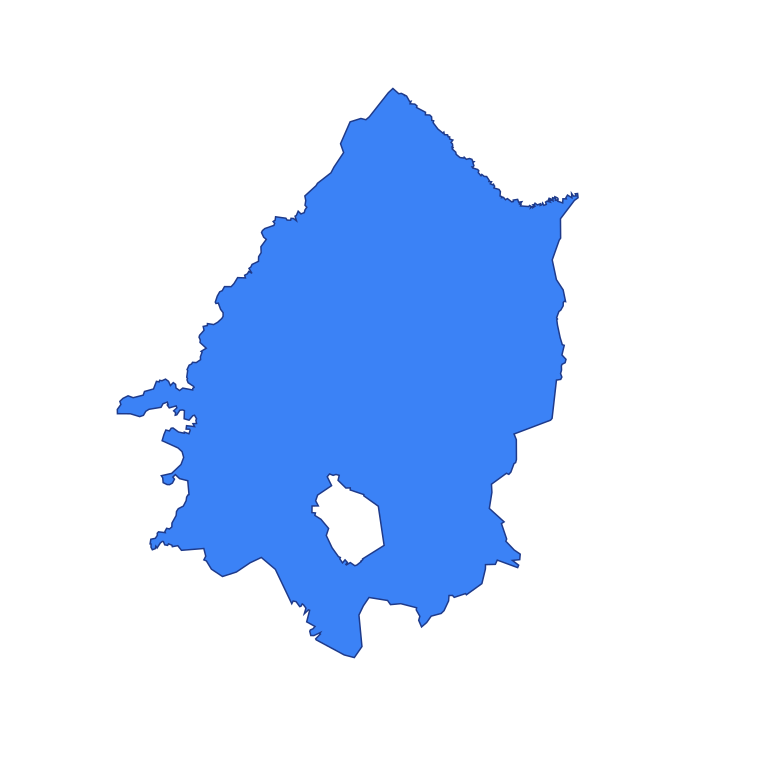 Cesvaines pag., Cesvaines, Latvia (Albers equal-area conic projection), rotated 33°
{"feature_id": "27541924B84614371300280", "entity_name": "Cesvaines pag.", "entity_type": "district", "adm_level": 2, "iso_a3": "LVA", "parent_name": "Latvia", "parent_adm1": "Cesvaines", "projection": "albers", "projection_center": [26.258, 57.009], "detail": "fine", "context": "isolated", "style": "filled", "palette": "blue", "viewbox_px": 768, "rotation_deg": 33, "n_neighbors": 0, "source": "geoboundaries", "source_scale": "gbopen_adm2", "svg_char_len": 6159}
<svg xmlns="http://www.w3.org/2000/svg" viewBox="0 0 768 768"><g transform="rotate(33 384 384)"><path d="M529.4,281.3L526.4,279.1L525.3,275.6L522.9,272.2L522.6,270.5L524.3,267.5L523.2,264.2L517.4,262.7L514.1,253.4L512.1,253.9L506.5,249.2L497.4,240.1L493.9,236.0L494.1,235.0L492.7,234.5L491.2,227.9L492.0,225.8L491.7,220.9L489.9,217.9L490.2,216.4L491.4,216.0L483.0,207.5L471.8,202.6L457.5,188.3L452.6,167.9L452.7,165.5L442.0,149.3L443.7,126.4L445.3,122.1L442.6,118.8L440.8,120.3L442.8,121.6L440.5,123.2L437.5,122.0L440.1,125.5L435.0,125.6L435.1,128.7L436.1,129.4L433.2,131.2L435.2,134.8L430.3,136.1L428.9,133.4L428.9,135.8L427.7,136.6L426.7,134.3L427.2,133.6L425.3,133.9L426.0,135.2L424.0,135.9L426.0,138.3L424.3,138.5L423.5,140.1L422.1,139.2L423.1,137.9L421.3,138.3L421.7,140.5L423.9,141.0L421.0,142.0L420.4,143.5L422.3,145.0L420.8,147.1L418.4,145.8L418.7,147.9L417.7,149.2L416.9,147.8L415.1,150.3L412.2,150.1L412.3,151.7L411.5,152.4L413.8,152.6L412.8,154.9L412.1,153.5L411.0,156.5L410.5,154.9L408.9,155.0L408.8,156.3L401.5,160.3L401.1,158.7L399.6,159.4L398.8,158.3L400.3,157.4L400.3,156.1L397.9,158.2L395.5,156.4L392.2,159.4L393.1,160.5L391.9,161.7L386.5,161.3L385.5,163.3L382.6,162.4L381.1,163.7L380.8,162.7L378.9,163.1L376.8,159.2L374.5,158.2L369.4,159.7L369.0,157.8L367.2,157.3L367.1,156.2L366.5,157.8L364.1,158.2L364.0,155.8L361.7,157.0L361.5,156.0L357.1,154.1L355.0,155.3L351.9,155.0L351.9,156.5L347.9,155.4L347.3,153.5L345.7,153.1L340.7,154.5L339.7,154.0L340.5,153.5L340.5,151.9L338.1,150.1L338.4,148.5L337.2,149.1L335.4,147.7L332.9,148.3L330.7,150.7L327.7,150.1L327.9,151.0L324.4,152.7L319.5,152.1L317.9,150.5L313.1,149.7L313.2,148.1L311.9,148.2L312.1,147.1L310.7,145.4L308.7,144.9L308.9,141.9L305.6,142.8L304.5,141.0L303.2,141.7L301.6,140.4L298.8,142.0L297.0,140.2L296.7,141.5L290.3,140.8L282.9,138.1L282.3,136.2L280.5,136.9L278.4,134.0L275.9,133.5L272.1,135.7L270.8,133.5L260.7,134.4L260.2,132.8L257.4,132.5L253.2,134.8L252.7,132.2L251.8,133.2L246.1,130.2L244.2,130.4L244.3,131.5L243.8,130.4L240.3,130.8L238.3,132.5L230.5,131.3L229.0,137.3L226.2,167.8L224.9,172.2L220.0,173.9L212.8,182.6L216.7,206.2L224.1,211.9L223.9,229.4L224.5,235.8L218.9,251.9L219.0,254.7L215.2,269.4L218.5,272.8L220.4,277.1L223.0,277.8L222.9,280.9L223.8,283.7L221.7,286.6L217.9,285.8L218.7,290.5L218.0,291.7L221.7,294.8L217.9,294.5L215.8,295.7L216.5,297.5L213.5,299.3L211.4,298.4L202.0,302.8L203.5,305.9L202.5,308.1L204.8,308.8L205.3,310.9L199.4,318.5L198.5,321.5L198.8,323.7L203.1,326.4L206.5,326.8L206.0,335.9L209.4,340.7L209.5,345.5L211.9,349.5L208.2,355.6L208.6,358.4L207.8,360.6L213.0,363.1L209.3,363.2L209.4,366.0L207.9,368.7L210.0,370.5L203.3,374.5L203.5,381.5L202.8,385.6L197.2,389.2L197.5,393.8L196.0,396.2L196.3,401.1L197.9,407.2L199.2,408.0L201.0,406.4L206.3,410.4L210.2,411.8L212.2,414.9L212.3,417.3L210.9,422.8L208.8,426.9L203.0,429.5L204.0,431.2L201.0,434.2L203.8,437.0L202.8,443.5L203.4,445.5L205.9,447.1L207.1,449.4L215.4,450.8L212.8,456.3L214.1,456.4L215.2,461.2L216.9,463.5L214.9,468.3L211.6,470.1L211.7,472.0L210.3,474.4L211.0,479.2L212.0,479.6L214.9,485.8L216.3,486.5L216.5,487.8L219.0,489.6L225.7,489.7L226.6,490.3L226.0,491.8L226.8,493.2L217.5,497.0L216.1,500.8L211.7,500.6L209.4,497.8L206.5,497.6L205.7,501.6L201.8,499.1L198.1,498.9L196.0,502.2L193.8,503.1L194.3,504.7L191.7,505.7L193.4,513.7L187.2,520.7L188.1,524.5L181.1,532.1L175.8,533.3L172.9,538.2L171.9,542.4L174.5,544.5L174.2,550.6L176.6,554.1L187.5,547.1L196.9,544.4L199.3,541.3L199.1,536.6L200.7,533.2L209.7,525.0L209.4,520.9L212.1,517.2L214.2,518.9L213.7,519.7L216.9,521.0L221.6,515.6L223.3,516.8L222.2,521.1L224.8,521.5L225.9,523.9L227.0,522.7L227.1,517.2L229.1,515.5L231.1,515.0L235.3,522.0L240.2,520.5L240.9,514.7L242.1,513.4L245.8,515.3L246.0,516.9L248.3,519.2L245.4,521.3L248.3,522.9L241.1,526.5L242.6,529.6L245.6,527.8L246.7,528.5L247.5,532.0L242.7,533.1L243.2,534.1L237.8,536.2L231.0,535.8L229.6,537.0L229.6,540.2L226.1,541.4L227.0,546.3L228.8,552.4L246.1,549.8L251.5,550.7L256.0,554.7L257.6,562.1L254.6,574.6L247.2,582.2L249.5,583.2L252.5,587.0L256.8,586.5L259.0,585.2L260.5,582.3L260.1,577.9L257.6,577.1L258.4,573.6L264.1,574.7L272.1,572.0L280.7,583.0L280.0,583.8L280.1,586.4L281.6,589.6L282.2,595.7L279.4,600.6L279.4,603.9L281.3,607.5L281.9,616.1L283.9,619.4L283.0,622.4L280.3,623.4L280.6,627.1L281.5,627.8L275.4,630.8L275.1,632.7L276.3,634.3L276.3,637.9L273.0,641.2L274.9,645.5L275.8,645.1L277.5,647.8L280.0,649.2L281.9,646.6L281.0,644.3L283.0,645.1L283.0,639.1L283.8,636.8L284.8,636.3L287.7,638.3L290.4,637.2L290.3,635.4L293.9,634.7L295.1,635.7L299.1,631.9L304.7,633.8L322.5,620.1L328.3,625.5L328.7,629.6L331.4,629.1L340.1,633.3L353.4,633.4L362.6,622.1L369.1,606.8L375.6,596.3L393.8,598.6L426.3,618.5L426.0,615.5L428.8,614.4L434.6,616.6L435.4,615.6L435.2,613.0L436.7,613.0L440.6,614.5L442.3,620.1L443.6,614.6L444.9,614.3L448.7,625.6L458.2,624.9L457.8,627.9L456.2,630.4L456.4,631.8L459.6,634.8L462.2,633.2L466.0,627.1L466.0,628.5L466.8,628.5L465.5,635.0L466.5,635.5L498.2,632.9L508.1,629.6L508.5,616.2L488.8,591.4L487.5,581.3L487.7,571.2L504.9,563.6L509.6,565.5L517.7,559.1L533.2,553.9L534.1,555.9L540.6,559.3L541.8,563.3L547.8,567.3L549.7,560.8L550.0,553.0L556.9,545.3L557.8,541.4L556.3,530.7L553.7,526.0L556.6,524.0L559.1,524.7L566.5,515.4L567.9,515.9L574.8,498.1L569.8,483.9L567.5,480.2L575.6,474.6L574.9,470.0L596.1,465.2L595.6,462.6L587.8,462.0L593.5,457.4L590.9,452.5L583.6,452.3L571.8,449.5L571.3,447.2L558.5,437.1L559.8,434.2L540.1,431.0L533.5,416.1L528.7,409.5L535.3,392.2L537.9,391.8L538.4,388.8L536.4,380.0L537.2,378.2L536.2,375.2L525.3,358.6L520.3,355.1L543.4,323.6L543.7,321.3L526.5,286.8L529.7,283.9L529.4,281.3ZM412.3,489.5L413.4,491.3L427.3,487.7L428.0,488.8L445.8,489.6L472.0,519.3L461.3,542.3L461.9,542.8L461.1,545.2L461.6,545.4L459.8,550.7L458.5,552.3L453.0,552.1L451.0,556.2L450.3,556.1L450.5,553.6L447.1,552.7L446.6,556.6L442.1,554.7L441.9,553.3L439.8,553.6L429.6,549.6L418.1,542.5L416.2,535.3L404.8,531.8L397.6,531.9L396.7,529.5L393.6,531.1L390.1,525.5L395.3,522.0L390.3,519.2L388.8,513.3L395.4,497.8L386.9,492.7L387.3,489.1L391.1,488.3L393.0,486.0L396.2,485.0L397.9,489.8L408.7,492.0L412.3,489.5Z" fill="#3b82f6" stroke="#1e3a8a" stroke-width="1.5"/></g></svg>